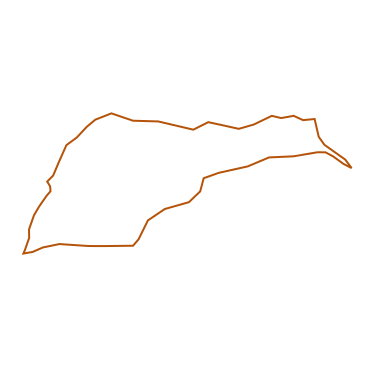 outline of Melouseia, Cyprus, rotated 284°
{"feature_id": "46923920B81614403917932", "entity_name": "Melouseia", "entity_type": "district", "adm_level": 2, "iso_a3": "CYP", "parent_name": "Cyprus", "parent_adm1": "", "projection": "robinson", "projection_center": [33.588, 35.068], "detail": "fine", "context": "isolated", "style": "outline", "palette": "amber", "viewbox_px": 384, "rotation_deg": 284, "n_neighbors": 0, "source": "geoboundaries", "source_scale": "gbopen_adm2", "svg_char_len": 847}
<svg xmlns="http://www.w3.org/2000/svg" viewBox="0 0 384 384"><g transform="rotate(284 192 192)"><path d="M91.5,43.3L95.3,51.9L102.1,60.7L109.4,75.9L114.5,104.4L117.8,118.0L125.6,147.8L133.2,151.6L153.8,156.1L168.9,169.7L181.4,191.5L194.6,199.8L208.2,200.0L217.1,213.4L230.4,240.0L244.2,258.4L246.3,265.5L251.2,281.9L260.9,304.1L262.8,312.0L260.6,320.5L255.9,332.3L253.8,341.1L260.5,332.9L269.8,309.1L276.2,301.6L292.5,293.3L291.9,291.7L288.6,282.4L290.5,272.2L286.1,262.4L285.3,260.5L285.2,251.0L272.4,235.6L264.6,222.1L264.2,206.7L263.7,190.9L252.8,178.2L252.3,142.2L246.9,117.5L248.8,94.8L238.8,80.7L229.6,74.0L217.1,67.1L207.1,58.8L189.0,55.6L174.4,53.3L167.1,49.0L163.1,53.0L158.5,54.5L152.9,51.7L150.2,50.7L146.6,49.3L140.7,47.1L131.2,44.3L116.3,42.9L108.1,45.1L95.1,43.9L91.5,43.3Z" fill="none" stroke="#b45309" stroke-width="2"/></g></svg>